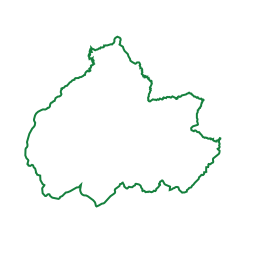 the district of Salazar, Norte de Santander, Colombia, rotated 14°
{"feature_id": "7082276B2065946999861", "entity_name": "Salazar", "entity_type": "district", "adm_level": 2, "iso_a3": "COL", "parent_name": "Colombia", "parent_adm1": "Norte de Santander", "projection": "robinson", "projection_center": [-72.837, 7.784], "detail": "fine", "context": "isolated", "style": "outline", "palette": "green", "viewbox_px": 256, "rotation_deg": 14, "n_neighbors": 0, "source": "geoboundaries", "source_scale": "gbopen_adm2", "svg_char_len": 5734}
<svg xmlns="http://www.w3.org/2000/svg" viewBox="0 0 256 256"><g transform="rotate(14 128 128)"><path d="M211.1,155.5L211.9,155.6L212.4,155.3L212.9,154.2L212.6,152.5L214.1,152.1L214.6,151.6L214.2,150.8L213.4,147.1L215.2,146.5L215.2,145.2L214.8,144.3L215.0,143.4L216.7,143.2L217.5,142.0L218.8,140.9L218.9,140.2L218.1,138.2L218.0,137.0L222.3,131.3L222.6,130.6L222.6,129.0L222.3,127.8L220.2,126.8L220.0,126.5L221.2,125.5L221.5,124.2L220.6,122.8L220.8,121.3L219.7,119.7L219.4,118.4L219.4,117.5L220.2,116.2L220.1,115.7L219.6,115.6L219.3,116.7L218.0,118.5L217.1,118.8L217.2,119.7L215.9,119.9L215.1,119.6L214.1,119.6L213.3,118.9L213.2,118.2L212.6,118.7L212.2,118.4L211.2,118.2L211.2,118.7L211.0,118.9L209.7,118.4L208.4,119.0L206.8,118.4L206.4,118.7L205.5,118.5L204.6,119.0L203.8,118.6L203.0,118.7L200.7,116.7L199.2,115.9L198.6,115.2L197.8,114.8L197.4,115.1L196.0,115.1L194.7,114.2L193.8,114.1L193.2,114.4L192.7,115.2L190.1,114.7L189.4,113.3L189.4,112.5L190.7,110.6L194.8,108.1L195.0,107.6L194.3,106.1L193.5,105.0L193.3,102.6L192.4,101.6L191.4,97.6L191.8,95.8L191.4,93.9L192.0,93.4L192.1,92.3L192.8,90.9L193.1,90.9L193.2,89.5L193.6,89.0L193.3,87.2L193.6,86.1L193.4,85.8L193.8,85.0L193.6,84.0L194.2,83.4L194.0,82.9L194.4,82.5L193.7,82.1L192.6,82.5L191.9,81.8L190.9,82.3L189.3,82.2L188.2,81.3L187.5,82.0L185.7,81.3L184.5,81.5L183.6,80.8L182.1,80.2L181.2,79.3L180.2,79.6L179.0,78.9L178.3,79.2L177.7,80.1L176.7,80.6L176.2,81.4L172.3,83.4L171.8,84.5L170.8,85.3L169.7,85.0L169.3,85.3L168.9,85.8L168.9,87.4L168.1,88.1L167.7,88.1L167.4,87.2L166.1,87.3L165.1,86.9L163.4,86.6L162.5,88.0L161.7,88.2L160.9,87.8L159.7,88.3L159.1,88.2L158.1,88.7L157.8,89.7L157.3,89.6L156.5,90.0L155.3,89.7L154.8,90.3L154.8,91.6L154.2,92.1L151.8,91.7L151.0,93.2L149.7,93.0L148.8,94.1L147.5,93.9L146.8,94.2L145.2,94.2L142.9,96.9L141.8,96.9L140.8,96.0L141.0,95.5L140.2,94.0L140.2,93.1L140.6,92.4L140.3,91.6L140.1,90.0L140.7,88.2L140.5,87.3L141.0,86.0L140.1,85.2L140.6,84.6L140.6,84.2L139.7,83.9L139.4,83.3L139.8,82.7L140.4,79.2L139.9,78.7L139.9,77.9L139.4,76.7L139.1,76.6L138.6,77.2L137.3,76.5L136.9,75.7L136.4,75.7L136.0,74.7L135.5,75.1L135.2,74.6L134.4,74.3L134.3,73.5L133.8,73.7L132.4,73.4L132.5,74.5L132.0,74.5L131.7,74.8L131.5,74.5L130.6,74.3L130.7,73.5L130.4,73.3L130.1,73.2L129.9,73.6L129.2,72.6L128.4,72.4L128.1,71.6L128.5,70.5L128.1,69.7L127.6,69.3L127.9,68.9L127.6,67.8L126.9,66.9L126.1,66.8L125.5,67.1L125.2,65.6L124.2,64.7L124.5,63.6L123.4,62.1L122.8,61.7L120.9,62.2L120.3,63.3L119.5,63.9L116.2,63.0L114.2,62.2L113.7,61.6L113.3,60.5L111.1,58.3L109.9,56.3L106.1,54.1L104.5,52.2L103.4,50.4L99.6,49.1L99.8,47.4L99.4,45.8L99.6,44.3L99.0,43.0L98.1,42.4L95.6,42.0L94.3,43.3L93.6,44.3L93.4,45.7L93.9,47.3L93.8,48.0L93.5,49.1L92.5,50.2L92.3,50.8L91.1,50.9L87.9,52.9L86.0,53.3L85.4,54.1L84.9,53.9L84.8,55.5L83.0,56.3L82.0,56.4L81.6,57.7L80.7,57.7L79.5,59.2L78.4,59.6L77.4,60.5L76.6,60.4L75.6,59.8L74.5,60.1L72.9,59.0L73.3,60.3L72.4,60.6L72.3,62.2L73.5,61.8L74.4,63.0L73.8,63.2L73.5,63.6L72.7,64.0L72.7,64.7L73.5,65.7L73.5,66.4L73.2,66.7L72.3,66.5L72.3,67.6L73.1,67.9L73.3,69.2L73.9,70.3L74.6,69.5L75.4,69.3L75.9,70.1L76.7,68.9L76.8,69.8L77.6,70.3L77.2,70.9L77.2,71.3L78.0,71.4L77.4,72.2L77.8,72.7L78.2,71.9L78.3,72.0L79.0,73.1L78.9,73.8L79.5,74.1L78.5,75.4L77.2,76.1L77.0,76.7L77.4,77.2L77.3,78.5L76.1,79.8L76.4,80.4L77.5,81.0L77.6,81.5L76.8,82.4L75.7,82.6L75.1,82.1L74.8,82.3L73.8,83.7L73.3,85.0L73.4,86.9L72.7,87.1L72.0,88.2L70.2,89.9L68.6,90.5L68.0,91.5L65.0,92.3L64.3,93.2L64.4,94.1L62.5,95.2L61.5,97.0L60.3,98.1L59.9,99.3L59.0,100.8L58.8,101.6L57.0,102.6L56.2,104.2L55.4,104.8L54.6,105.1L54.6,106.0L53.9,106.1L54.1,107.0L53.9,108.4L54.1,109.6L55.2,111.2L55.0,112.6L53.9,113.9L52.2,114.6L50.5,116.5L50.2,119.5L49.1,120.1L48.5,121.4L47.6,121.8L46.9,123.0L46.8,124.7L47.0,125.8L46.7,126.8L46.0,127.7L45.1,127.9L44.5,129.1L43.2,130.1L41.0,130.5L39.4,131.7L36.8,134.0L35.4,136.1L34.8,138.3L34.7,142.3L35.1,143.6L36.7,145.4L36.9,148.0L36.5,149.4L35.2,151.7L33.7,157.5L33.4,166.1L34.5,168.5L34.8,169.9L34.6,171.0L33.8,172.4L33.7,173.4L35.0,179.4L36.7,181.8L38.9,183.2L39.2,183.7L39.1,187.3L39.4,187.6L40.0,187.6L40.5,188.5L41.0,188.6L42.4,188.4L43.7,187.0L44.9,187.2L46.1,189.0L47.7,189.8L49.2,192.5L49.5,193.7L50.3,194.1L51.2,195.3L54.3,195.4L55.6,199.7L58.8,203.1L60.7,203.6L60.7,204.0L59.4,207.0L59.4,207.6L61.0,212.0L64.1,214.0L65.0,213.7L66.1,211.9L67.1,211.4L67.8,211.4L69.0,212.8L71.4,213.9L77.7,213.6L78.6,212.8L78.9,211.3L80.7,209.9L83.2,205.7L85.2,204.8L87.2,203.3L92.6,198.1L94.7,197.4L95.5,195.4L96.1,194.4L96.5,199.5L97.1,200.9L98.3,202.6L99.5,203.5L100.8,203.9L101.6,204.0L103.7,203.6L105.6,204.0L111.7,206.5L113.7,207.9L114.4,208.8L115.7,211.3L116.5,211.7L118.2,210.4L120.9,207.8L122.6,207.0L123.3,206.2L127.5,198.4L130.2,195.3L131.0,194.1L131.0,193.1L130.2,191.5L130.4,190.3L133.7,186.4L133.9,184.3L135.1,183.8L135.7,182.6L136.1,182.3L138.1,184.5L138.5,185.7L141.1,187.0L142.0,186.8L143.2,184.8L144.6,184.8L146.5,184.4L147.4,183.0L148.7,181.9L148.8,180.5L149.2,180.2L152.2,180.1L153.9,180.8L154.4,181.2L155.2,182.6L156.7,183.8L157.0,185.2L157.5,185.1L157.7,185.5L158.3,185.1L159.2,185.0L160.3,185.9L160.7,186.0L162.2,185.2L162.9,185.3L163.8,184.5L166.3,184.6L167.4,183.9L168.4,182.5L169.2,182.7L169.8,182.6L170.3,181.3L170.2,180.2L171.8,178.0L171.9,177.3L172.9,175.5L172.7,175.1L171.7,174.9L171.6,174.6L172.2,173.4L172.2,172.3L173.2,171.4L173.5,170.8L174.1,170.6L174.5,170.8L177.1,173.6L178.3,174.0L183.0,174.7L183.5,178.1L185.4,176.9L186.6,175.4L187.5,175.1L188.4,173.9L189.8,173.3L191.2,173.4L192.7,175.7L196.2,177.6L196.6,177.3L198.4,176.9L200.4,175.5L200.2,174.0L201.5,172.4L201.8,171.4L203.7,170.3L204.2,168.4L205.1,167.3L206.1,165.0L208.9,160.4L208.9,158.5L209.6,157.7L210.6,155.7L211.1,155.5Z" fill="none" stroke="#15803d" stroke-width="2"/></g></svg>